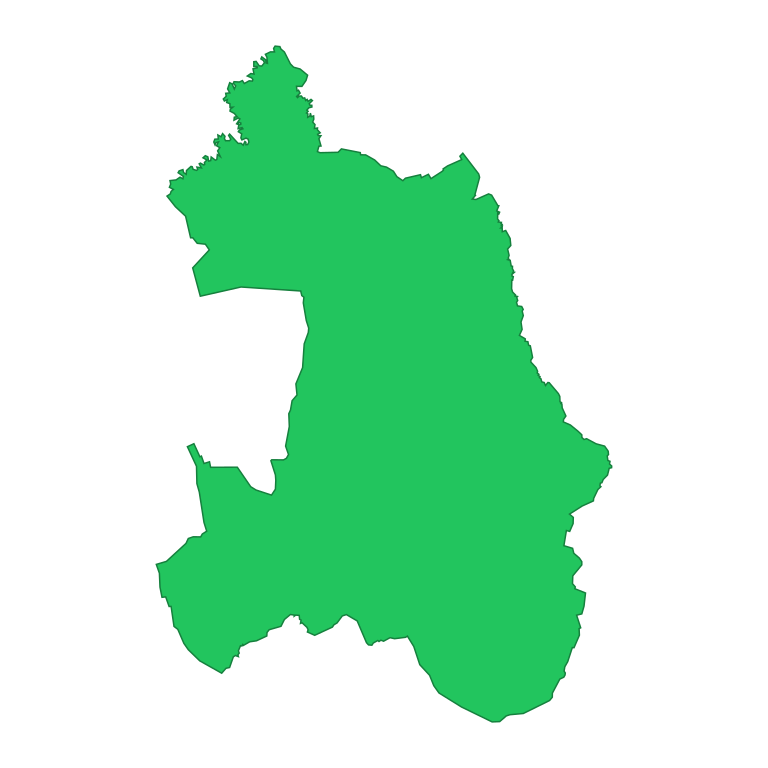 Chakkarat, Nakhon Ratchasima, Thailand (Robinson projection)
{"feature_id": "78962969B888378696775", "entity_name": "Chakkarat", "entity_type": "district", "adm_level": 2, "iso_a3": "THA", "parent_name": "Thailand", "parent_adm1": "Nakhon Ratchasima", "projection": "robinson", "projection_center": [102.436, 14.968], "detail": "fine", "context": "isolated", "style": "filled", "palette": "green", "viewbox_px": 768, "rotation_deg": 0, "n_neighbors": 0, "source": "geoboundaries", "source_scale": "gbopen_adm2", "svg_char_len": 6068}
<svg xmlns="http://www.w3.org/2000/svg" viewBox="0 0 768 768"><path d="M462.8,153.2L459.9,156.2L461.7,159.6L447.6,165.9L443.1,168.9L443.4,170.2L442.1,171.4L431.0,178.6L428.4,174.3L421.4,177.7L420.5,174.7L405.4,178.2L402.9,180.7L396.9,176.7L393.4,171.2L386.5,167.1L380.8,165.8L374.7,160.0L365.7,154.9L360.6,154.8L360.3,152.6L341.4,148.9L338.1,152.3L320.0,152.7L317.4,151.6L318.9,146.2L321.0,146.0L318.9,138.7L320.9,135.7L318.3,135.6L317.6,134.3L320.2,132.8L317.3,129.7L317.5,128.0L314.4,128.5L315.0,124.6L312.7,122.1L313.8,119.2L313.6,115.9L311.3,116.7L310.4,113.1L309.8,116.2L307.7,117.3L307.9,113.9L306.5,113.0L308.1,111.3L306.8,110.2L308.8,107.8L311.9,107.0L311.8,105.3L310.0,105.3L309.2,103.7L312.4,100.6L311.0,99.4L308.1,101.4L307.1,99.4L305.7,100.5L304.7,97.9L302.9,98.2L301.4,96.0L299.1,96.1L297.6,97.6L296.6,96.5L300.1,93.1L298.5,90.2L297.0,90.8L296.5,86.3L301.9,86.4L306.0,80.5L307.6,75.2L300.1,69.0L293.6,67.2L290.4,63.9L284.4,52.0L280.9,49.0L279.9,46.6L275.1,46.1L273.6,48.4L274.5,51.9L270.4,51.9L265.4,54.3L266.9,57.2L267.5,63.4L266.1,63.0L265.7,59.8L261.8,56.9L260.9,58.9L263.5,60.6L264.4,62.9L261.7,66.1L259.2,65.8L256.1,61.4L253.8,61.7L253.8,66.5L257.1,66.5L257.3,67.8L253.0,68.8L254.0,74.1L250.9,73.5L247.3,76.0L251.7,77.9L252.9,79.6L252.4,81.1L249.2,80.8L244.3,83.5L242.4,80.6L239.4,82.0L234.0,81.7L233.3,83.2L235.7,85.9L234.3,89.0L232.1,83.9L229.7,82.7L227.6,88.9L229.8,92.9L225.7,93.3L226.2,96.3L223.3,99.0L224.4,101.0L227.3,99.7L226.7,102.5L229.9,103.7L230.0,107.4L232.8,107.2L230.3,109.2L230.0,111.1L234.3,113.4L237.0,116.6L234.3,117.2L234.0,120.2L238.3,118.0L239.9,118.9L236.6,123.8L237.8,124.3L239.2,122.5L240.8,123.0L240.8,124.3L238.8,125.0L238.1,128.6L242.1,127.6L242.9,128.8L239.4,130.0L238.3,131.7L241.7,133.8L240.9,137.9L241.9,139.9L246.0,138.1L248.1,139.1L248.9,142.1L247.6,144.6L245.9,144.7L245.9,142.3L244.9,141.5L243.2,145.2L241.1,143.3L238.1,143.4L229.6,134.1L228.6,135.4L230.8,139.2L229.6,140.7L225.5,140.7L224.4,138.5L225.0,136.3L222.6,133.6L221.0,136.7L217.9,135.0L218.3,139.0L214.8,139.2L213.8,142.0L215.0,144.8L215.9,142.6L218.5,141.9L216.5,145.7L219.8,147.7L217.6,150.9L220.3,156.6L217.4,154.6L216.8,159.5L215.4,160.2L211.2,157.0L210.7,160.6L208.7,161.1L207.8,156.8L205.3,155.7L203.0,157.8L206.9,160.0L204.4,162.5L204.7,164.4L203.8,165.0L200.4,163.1L199.2,163.8L201.4,167.9L196.9,167.1L197.7,169.5L196.5,170.4L193.1,169.3L192.2,166.7L191.0,166.4L186.5,170.5L186.2,174.3L183.6,172.6L182.9,169.6L179.1,170.9L178.1,172.7L183.4,176.4L182.9,178.8L180.0,177.2L176.1,179.9L170.0,180.6L170.7,184.1L169.4,187.3L173.4,189.4L171.1,191.4L170.3,193.9L167.0,196.1L175.4,206.7L185.6,216.2L190.6,237.8L192.8,237.8L197.2,243.3L205.4,244.2L209.3,249.9L192.7,267.9L200.3,296.2L241.0,287.0L300.7,291.0L301.8,295.6L303.9,297.2L303.3,302.9L306.3,320.6L308.7,328.1L308.3,332.5L304.2,343.9L302.6,367.6L295.9,383.9L297.0,395.0L292.1,400.7L290.5,410.0L288.8,413.7L289.3,426.5L285.6,446.1L288.5,454.5L286.4,458.3L283.5,459.9L271.7,459.8L270.9,460.7L275.4,474.9L275.8,480.3L275.4,489.2L271.5,495.1L256.0,490.0L250.7,486.7L237.3,467.2L210.6,467.3L209.5,461.8L204.0,463.5L201.4,456.1L199.9,456.8L193.9,443.7L187.4,446.7L196.5,466.3L196.9,483.6L199.3,492.1L204.0,522.5L206.7,531.2L202.3,534.0L200.7,536.9L193.2,536.8L188.3,538.5L186.0,543.4L166.4,561.4L156.3,564.4L159.4,573.2L160.0,587.2L162.0,597.3L165.7,596.9L169.1,606.5L171.1,606.4L174.0,626.4L177.8,629.3L183.9,643.4L188.3,649.7L199.8,660.9L221.7,673.2L226.0,668.3L229.6,667.5L233.3,656.9L235.3,655.5L238.4,656.6L237.9,654.8L239.2,653.1L238.4,650.8L240.5,645.7L241.9,646.0L242.8,644.5L243.4,645.4L249.7,641.8L256.5,640.8L266.8,636.0L267.0,632.5L269.2,629.7L281.0,626.3L284.4,619.5L290.4,614.5L294.3,615.1L294.2,616.2L295.7,615.1L299.2,615.4L299.6,619.3L301.1,620.1L300.5,623.4L302.1,622.8L307.0,627.4L308.1,629.8L307.4,632.0L314.7,635.3L332.4,627.1L334.0,624.7L337.0,623.0L342.3,615.9L346.4,614.6L357.2,620.9L366.5,642.7L368.5,644.9L371.9,645.2L373.3,643.0L377.8,640.5L379.0,641.5L380.9,640.2L383.6,641.2L390.0,637.7L394.6,638.7L405.6,637.3L407.4,636.1L413.8,646.5L419.8,664.7L429.6,675.3L433.8,685.7L439.0,693.0L461.5,707.0L492.1,721.9L499.7,721.6L506.3,715.9L510.0,714.7L523.3,713.5L549.6,700.5L552.3,697.2L552.4,693.1L559.8,679.1L563.8,677.2L565.0,675.1L565.3,673.0L564.1,671.1L564.8,666.8L567.7,661.7L572.3,647.6L574.0,647.7L579.4,635.2L579.1,628.6L580.7,627.8L576.6,615.2L581.8,613.9L584.0,606.2L585.5,593.0L574.8,588.7L575.3,586.9L572.5,583.7L572.8,575.8L581.8,564.9L581.8,561.7L579.4,558.1L573.8,553.3L572.6,548.3L563.9,545.7L566.4,530.5L569.7,531.4L573.1,523.6L573.3,517.4L569.5,514.1L582.2,506.0L593.4,500.9L593.7,498.3L597.9,489.5L600.9,486.7L599.9,485.8L600.3,483.2L601.9,482.7L603.2,479.5L607.5,475.1L609.2,468.3L611.6,467.7L611.7,466.0L609.5,464.0L610.0,461.3L607.9,460.5L607.2,455.9L608.5,454.6L608.2,451.2L604.6,446.1L596.1,443.8L586.6,438.7L584.0,439.5L581.9,437.5L581.8,434.8L578.1,431.3L570.4,425.0L563.3,421.9L563.6,419.3L565.9,416.0L562.2,407.9L561.9,404.0L560.9,403.6L561.5,402.6L560.0,401.7L559.8,396.4L558.4,393.6L549.2,382.7L547.9,382.5L545.5,385.5L544.2,382.5L541.8,381.9L540.9,378.7L539.4,377.6L540.0,376.6L538.2,375.3L538.9,374.3L537.2,373.0L537.6,371.3L536.0,367.6L530.9,362.1L530.8,360.3L532.6,357.5L530.3,345.8L528.6,345.2L527.9,341.7L525.0,341.2L525.3,338.9L519.4,335.4L522.1,329.4L521.0,322.0L523.3,315.6L522.2,311.1L523.2,309.4L521.7,306.5L517.5,305.9L516.5,302.2L517.7,300.5L516.7,297.5L517.5,296.5L515.0,296.0L515.5,295.0L512.6,292.1L511.6,288.7L511.8,280.1L512.6,280.2L513.3,276.6L512.1,276.2L511.9,274.4L514.1,272.5L512.9,272.5L513.7,271.1L512.4,268.7L512.5,266.3L511.2,266.0L510.2,260.3L507.9,259.7L508.9,259.2L508.2,258.2L509.1,255.3L507.6,249.0L510.8,245.5L510.1,238.4L505.7,230.5L502.3,231.7L502.2,228.0L501.0,227.9L502.1,227.2L502.4,225.9L501.3,225.7L502.2,224.4L501.0,223.7L501.4,222.4L498.3,222.0L499.0,220.7L497.6,219.1L497.7,213.0L498.8,214.0L499.6,212.2L496.7,210.9L498.8,205.8L497.9,205.7L491.6,195.1L488.6,193.9L476.0,199.5L472.3,199.1L475.5,195.3L474.9,194.8L479.6,177.3L478.7,174.0L462.8,153.2Z" fill="#22c55e" stroke="#15803d" stroke-width="1.5"/></svg>